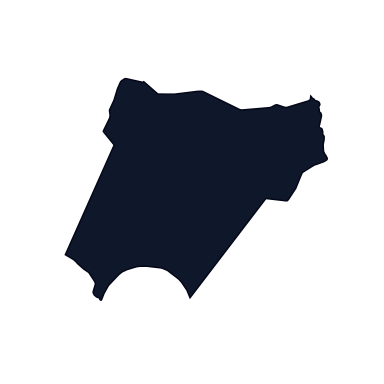 outline of Batha, rotated 204°
{"feature_id": "TCD-1472", "entity_name": "Batha", "entity_type": "Prefecture", "adm_level": 1, "iso_a3": "TCD", "parent_name": "Chad", "parent_adm1": "", "projection": "mercator", "projection_center": [18.213, 14.169], "detail": "fine", "context": "isolated", "style": "filled", "palette": "ink", "viewbox_px": 384, "rotation_deg": 204, "n_neighbors": 0, "source": "natural_earth", "source_scale": "10m", "svg_char_len": 2322}
<svg xmlns="http://www.w3.org/2000/svg" viewBox="0 0 384 384"><g transform="rotate(204 192 192)"><path d="M94.5,261.6L98.6,255.5L99.1,254.4L99.2,253.1L98.7,237.6L98.8,237.0L100.8,224.5L101.1,223.6L101.4,222.8L102.2,222.3L121.9,216.1L150.8,94.6L156.8,100.3L165.0,105.4L169.0,107.1L182.7,110.4L188.1,110.3L190.0,109.9L203.1,105.8L209.7,102.8L212.5,101.0L219.8,94.7L223.3,90.6L225.3,86.8L230.3,72.6L230.4,71.7L231.1,63.5L230.8,56.7L230.9,56.3L231.2,56.1L231.6,56.1L232.3,56.3L233.3,57.2L233.7,57.5L234.4,57.5L235.7,57.3L236.1,57.3L236.9,57.4L239.1,58.1L239.6,58.3L240.1,58.7L240.9,59.4L241.3,59.8L241.6,60.3L241.9,61.7L242.7,68.1L242.9,68.5L243.0,68.8L243.5,69.7L244.4,70.6L253.1,76.2L254.1,76.6L259.3,77.5L267.3,80.0L269.8,81.2L273.3,82.2L282.2,83.2L282.2,193.5L282.2,203.3L296.9,210.8L297.6,211.2L297.8,211.7L297.3,226.3L297.7,227.8L298.2,229.1L300.5,232.8L300.7,233.4L300.6,244.2L302.1,256.3L302.1,263.4L301.9,264.1L301.5,265.1L299.7,267.9L299.2,268.4L298.9,268.5L298.2,268.8L281.4,272.2L280.9,272.5L281.0,272.8L281.5,273.3L262.9,267.6L247.5,274.4L227.7,286.3L224.1,288.0L223.0,288.2L222.1,288.2L182.2,286.7L181.1,286.8L179.8,287.2L156.2,300.2L154.3,301.5L151.3,305.3L150.4,306.0L149.6,306.3L142.1,307.0L141.1,307.3L139.9,307.7L122.8,322.5L121.5,324.4L122.5,327.9L122.0,327.7L121.4,327.4L121.1,327.2L120.6,326.8L120.2,326.7L119.9,326.6L118.4,326.5L118.1,326.4L117.8,326.3L117.3,325.8L117.0,325.7L116.6,325.6L116.2,325.6L115.9,325.7L115.2,325.9L114.8,326.0L114.4,326.0L113.6,325.9L112.8,325.8L112.5,325.7L112.2,325.5L111.9,325.3L111.0,324.3L110.8,324.0L110.7,323.5L110.8,321.7L110.7,321.2L110.5,320.7L110.1,320.1L109.4,319.4L109.2,319.1L108.8,318.0L108.6,317.6L108.4,317.3L108.1,317.1L106.5,316.5L106.2,316.4L106.0,316.1L104.8,314.6L104.5,313.6L102.8,305.3L102.8,304.4L102.7,303.8L102.2,303.1L101.8,302.8L101.4,302.7L100.9,302.7L100.1,302.7L99.7,302.7L99.3,302.6L99.0,302.5L98.7,302.3L98.5,302.0L98.0,301.3L97.4,300.8L97.2,300.4L96.9,299.9L96.3,298.3L96.0,297.9L95.8,297.7L95.5,297.5L94.8,297.2L94.5,297.0L94.3,296.8L94.0,296.6L93.8,296.3L93.4,295.5L92.5,293.1L91.5,288.8L91.2,288.1L88.4,282.7L87.9,282.2L86.0,280.6L84.4,279.7L82.4,278.0L82.1,277.8L82.0,277.5L81.9,277.1L81.9,276.5L82.0,276.1L82.1,275.8L83.9,273.3L89.7,267.7L90.6,267.0L91.6,265.9L94.5,261.6Z" fill="#0f172a" stroke="#020617" stroke-width="1.5"/></g></svg>